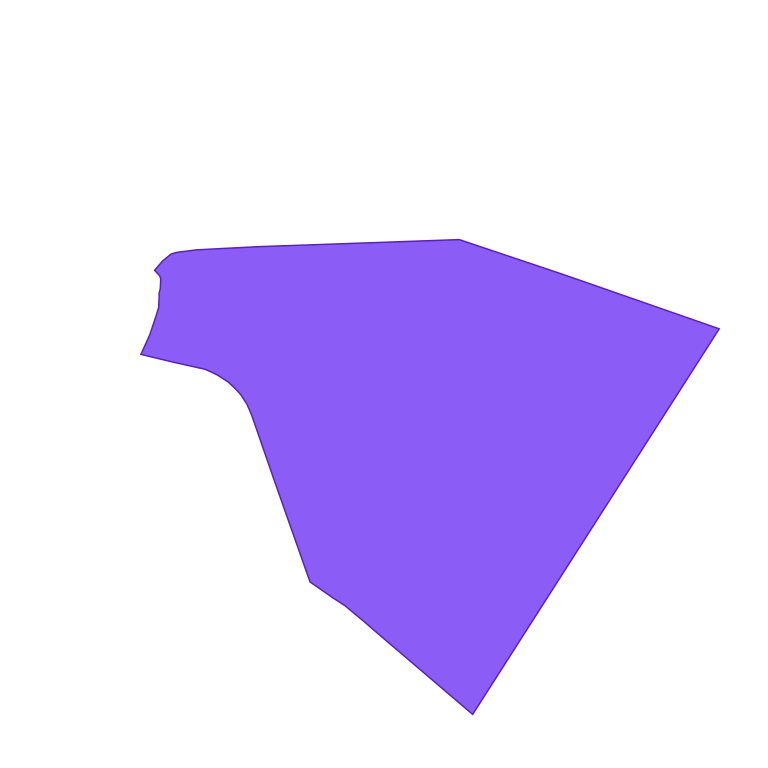 Sebkha, Nouakchott, Mauritania, rotated 213°
{"feature_id": "47542326B41815213489591", "entity_name": "Sebkha", "entity_type": "district", "adm_level": 2, "iso_a3": "MRT", "parent_name": "Mauritania", "parent_adm1": "Nouakchott", "projection": "robinson", "projection_center": [-16.0, 18.075], "detail": "fine", "context": "isolated", "style": "filled", "palette": "violet", "viewbox_px": 768, "rotation_deg": 213, "n_neighbors": 0, "source": "geoboundaries", "source_scale": "gbopen_adm2", "svg_char_len": 591}
<svg xmlns="http://www.w3.org/2000/svg" viewBox="0 0 768 768"><g transform="rotate(213 384 384)"><path d="M638.3,354.4L631.0,352.5L628.5,350.6L623.6,342.2L622.0,337.5L619.5,333.7L614.6,325.3L612.2,316.8L607.3,298.0L604.0,276.4L572.1,287.7L541.8,299.0L528.7,300.8L515.7,300.8L505.8,299.0L498.5,297.1L487.9,292.4L478.0,285.8L427.3,246.3L338.2,177.7L311.2,176.8L295.7,176.8L280.1,174.9L272.0,174.0L258.9,172.1L129.7,155.2L132.9,612.8L289.9,574.3L399.5,546.1L563.1,431.5L613.8,394.8L629.3,381.7L633.4,377.0L636.7,366.6L638.3,354.4Z" fill="#8b5cf6" stroke="#5b21b6" stroke-width="1.5"/></g></svg>